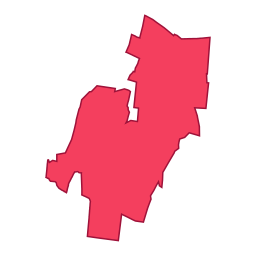 Tixmehuac, Yucatán, Mexico
{"feature_id": "50627088B886446566830", "entity_name": "Tixmehuac", "entity_type": "district", "adm_level": 2, "iso_a3": "MEX", "parent_name": "Mexico", "parent_adm1": "Yucatán", "projection": "natural_earth1", "projection_center": [-89.11, 20.248], "detail": "fine", "context": "isolated", "style": "filled", "palette": "rose", "viewbox_px": 256, "rotation_deg": 0, "n_neighbors": 0, "source": "geoboundaries", "source_scale": "gbopen_adm2", "svg_char_len": 3461}
<svg xmlns="http://www.w3.org/2000/svg" viewBox="0 0 256 256"><path d="M208.6,82.9L206.9,82.7L206.5,73.8L207.3,73.9L209.9,39.0L210.0,37.4L208.9,37.5L202.0,38.2L201.7,38.2L201.2,38.2L200.0,38.3L199.0,38.4L198.8,38.4L198.2,38.5L197.6,38.5L197.0,38.6L196.1,38.6L193.7,38.6L191.0,38.7L190.2,38.7L189.8,38.7L188.9,38.7L186.5,38.8L181.4,38.9L181.0,38.6L180.4,38.1L179.8,37.6L179.4,37.3L178.9,36.9L178.6,36.6L177.8,36.0L177.6,35.8L177.0,35.4L176.7,35.2L176.2,35.1L175.9,35.0L175.4,34.8L175.1,34.7L174.5,34.3L173.8,35.3L173.6,35.6L173.1,35.2L164.1,27.7L156.7,22.5L153.0,19.7L145.8,15.8L144.8,15.4L144.7,15.9L142.7,26.2L139.8,37.6L139.8,37.9L136.8,37.1L135.1,36.0L131.6,34.5L130.8,38.1L129.2,44.8L126.0,52.2L127.0,52.5L139.5,58.5L138.6,60.7L137.8,63.5L136.3,66.4L135.4,68.0L134.7,71.8L133.3,71.4L132.9,72.3L130.1,75.1L129.1,77.3L128.1,79.6L130.0,80.1L135.3,81.7L136.5,82.2L135.2,94.7L133.9,107.5L137.0,107.9L138.5,108.1L138.5,108.3L138.4,110.2L138.2,112.3L138.0,114.8L137.7,118.1L137.6,119.8L137.4,121.5L130.8,120.5L126.0,122.9L127.1,120.7L128.3,116.0L129.4,112.2L128.9,111.3L128.2,109.8L128.1,107.4L127.5,106.8L127.1,105.9L127.9,102.3L128.2,101.6L128.4,100.6L128.5,100.5L130.4,91.6L128.9,90.4L127.4,89.8L124.4,88.9L114.7,91.6L115.3,88.5L97.0,85.8L91.4,91.6L89.5,91.8L81.7,99.7L80.1,107.1L79.0,109.2L76.3,119.7L76.0,121.8L75.9,122.7L74.1,130.3L71.6,139.5L65.4,152.9L56.8,154.5L56.8,161.4L52.7,160.4L49.4,162.4L48.5,159.9L47.8,160.0L47.7,160.4L47.7,160.8L47.6,161.5L47.5,162.8L47.4,163.3L47.3,164.1L47.2,165.3L47.2,165.6L47.1,166.4L47.1,167.1L47.0,167.3L47.0,168.2L46.9,168.6L46.9,169.2L46.8,170.1L46.7,171.0L46.6,172.0L46.5,172.9L46.4,173.8L46.3,174.8L46.2,175.7L46.2,176.0L46.1,177.1L46.0,177.4L46.8,177.7L47.6,178.3L48.6,178.4L49.1,179.2L49.2,179.6L50.4,181.2L55.2,181.7L56.2,182.6L56.9,185.5L59.0,188.3L62.3,190.4L62.9,190.6L63.8,190.9L64.1,191.3L64.1,191.5L65.0,191.8L65.2,192.0L65.5,192.1L66.4,192.7L66.6,192.3L66.6,192.1L66.7,191.9L67.2,189.8L67.3,189.2L67.7,187.6L68.4,185.4L68.4,184.7L68.5,184.0L69.2,182.3L69.4,181.9L70.0,181.0L70.3,180.2L70.7,179.6L71.2,178.4L71.5,177.9L71.8,177.4L72.3,176.6L72.4,176.2L72.6,175.8L73.1,174.8L73.2,174.5L73.3,174.3L73.6,173.8L74.1,172.9L74.3,172.7L74.5,172.3L74.6,172.0L75.3,172.0L75.7,171.9L76.2,171.8L76.5,171.8L77.3,171.6L77.7,171.6L78.2,171.9L78.6,172.3L78.9,172.6L79.3,172.7L80.0,172.8L80.4,172.8L81.1,172.9L81.4,172.9L81.3,173.4L81.7,183.8L81.8,185.9L81.8,186.9L81.9,188.7L81.9,189.2L81.9,190.2L81.9,190.8L81.9,191.9L81.9,192.4L81.9,192.8L81.9,193.9L81.8,194.9L82.5,195.2L83.7,195.8L84.6,196.2L85.4,196.5L85.7,196.7L85.9,196.8L86.4,197.0L86.9,197.2L87.2,197.5L87.6,197.6L88.4,198.0L89.2,198.4L89.7,199.5L90.0,200.2L90.4,201.4L90.2,203.1L90.1,204.0L90.1,204.3L90.0,206.1L89.9,206.9L89.8,207.6L89.8,208.8L89.6,210.2L89.5,212.1L89.4,213.1L89.4,213.6L89.3,214.4L89.3,215.0L89.1,216.7L89.1,217.3L89.1,217.6L88.3,226.2L87.4,236.4L96.4,237.7L118.3,240.6L121.0,219.1L121.6,214.2L127.8,217.2L131.7,219.2L132.9,219.8L133.8,220.2L135.0,220.8L135.5,221.0L143.4,222.1L147.6,208.2L149.7,202.5L151.0,199.2L150.5,195.8L153.8,190.4L156.5,185.2L156.7,184.8L158.5,181.8L158.9,183.9L159.4,185.0L159.3,185.7L161.8,187.4L162.4,181.2L162.5,180.4L162.8,172.4L168.3,162.8L174.1,153.0L174.7,151.3L178.7,148.3L178.5,144.8L178.9,142.2L179.7,139.0L184.7,137.4L189.2,132.8L198.2,135.4L199.5,135.8L199.4,128.1L199.4,126.7L197.5,117.3L197.3,115.9L194.7,107.8L205.9,108.4L207.9,89.2L208.6,82.9Z" fill="#f43f5e" stroke="#9f1239" stroke-width="1.5"/></svg>